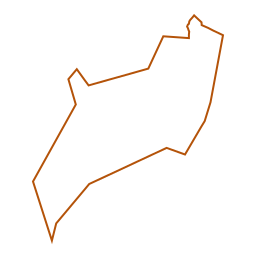 outline of Landri Sales, Piauí, Brazil
{"feature_id": "56859067B80048635644180", "entity_name": "Landri Sales", "entity_type": "district", "adm_level": 2, "iso_a3": "BRA", "parent_name": "Brazil", "parent_adm1": "Piauí", "projection": "equal_earth", "projection_center": [-43.866, -7.314], "detail": "fine", "context": "isolated", "style": "outline", "palette": "amber", "viewbox_px": 256, "rotation_deg": 0, "n_neighbors": 0, "source": "geoboundaries", "source_scale": "gbopen_adm2", "svg_char_len": 558}
<svg xmlns="http://www.w3.org/2000/svg" viewBox="0 0 256 256"><path d="M33.0,181.5L51.9,240.6L56.2,223.4L86.8,186.9L89.2,184.0L137.9,161.3L166.6,147.9L185.0,154.5L201.4,126.5L204.7,121.1L210.5,102.3L223.0,35.2L213.3,30.6L208.1,27.9L201.7,25.1L201.5,22.3L194.1,15.4L192.9,16.9L191.7,18.3L190.3,19.8L189.3,21.4L188.9,23.8L187.9,24.6L187.1,26.6L188.0,28.3L188.5,30.0L189.2,31.6L188.9,34.6L188.9,36.6L188.9,38.1L163.3,36.3L148.3,68.6L137.7,71.6L88.6,85.4L84.6,80.0L76.8,69.2L68.4,79.2L75.8,104.5L33.0,181.5Z" fill="none" stroke="#b45309" stroke-width="2"/></svg>